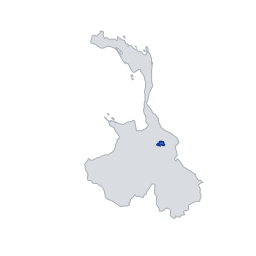 Dan Chang, Suphan Buri, Thailand shown in context, rotated 162°
{"feature_id": "78962969B17842271183719", "entity_name": "Dan Chang", "entity_type": "district", "adm_level": 2, "iso_a3": "THA", "parent_name": "Thailand", "parent_adm1": "Suphan Buri", "projection": "albers", "projection_center": [99.604, 14.892], "detail": "fine", "context": "in_parent", "style": "filled", "palette": "blue", "viewbox_px": 256, "rotation_deg": 162, "n_neighbors": 0, "source": "geoboundaries", "source_scale": "gbopen_adm2", "svg_char_len": 4999}
<svg xmlns="http://www.w3.org/2000/svg" viewBox="0 0 256 256"><g transform="rotate(162 128 128)"><path d="M109.4,28.7L109.6,29.6L110.6,28.3L111.9,27.7L114.5,30.5L114.8,31.7L113.0,36.3L113.3,37.8L114.5,39.0L115.9,39.8L117.5,39.6L120.4,38.2L123.5,39.1L123.4,42.1L124.6,46.8L123.0,51.8L121.5,54.2L122.7,56.3L122.8,58.3L119.8,65.9L120.4,66.5L122.3,67.3L123.2,67.0L126.3,64.0L129.9,61.7L131.0,59.7L133.3,59.0L135.2,57.2L139.9,60.2L141.2,60.5L141.8,61.0L142.0,62.3L142.6,62.5L144.5,60.7L147.6,59.5L148.9,56.9L150.4,56.1L150.2,54.8L150.6,54.3L153.2,54.1L157.2,55.4L158.6,55.7L159.3,55.4L165.7,63.7L169.8,66.9L170.9,69.0L170.1,74.7L170.2,78.0L171.2,80.4L172.9,82.1L174.3,84.5L179.1,86.8L178.7,87.4L179.0,89.0L182.0,90.6L182.3,91.2L182.0,93.5L180.7,95.3L180.4,96.8L180.5,98.5L181.3,101.2L180.5,106.7L178.8,108.3L176.5,109.5L175.3,111.0L174.3,110.6L173.8,109.1L171.3,108.3L166.4,109.2L164.0,108.9L160.8,109.5L157.6,109.4L155.7,108.7L150.4,110.0L148.2,111.2L146.6,112.8L144.2,116.9L141.8,119.4L141.9,120.4L138.9,121.1L139.1,124.5L140.8,128.2L141.4,132.9L144.9,136.2L144.2,138.5L144.7,140.8L147.4,146.0L145.5,143.5L145.1,141.9L142.8,139.3L142.1,140.6L139.4,138.7L138.2,136.7L137.9,137.6L135.2,134.9L132.5,133.4L131.0,132.8L127.3,133.8L122.6,133.1L120.8,133.8L120.0,133.3L119.5,132.5L120.8,122.7L116.7,121.5L116.0,120.9L115.1,121.6L111.1,122.0L108.2,123.8L107.9,125.3L109.2,128.0L107.5,132.9L108.1,137.5L107.9,140.0L105.9,143.2L105.3,145.8L103.0,149.7L101.5,154.6L101.2,157.5L98.4,161.9L97.8,164.3L96.8,165.3L97.2,167.2L96.7,173.2L98.4,177.6L98.0,179.6L99.9,180.3L104.4,179.0L105.9,179.3L106.8,181.7L108.0,188.8L109.9,191.0L110.3,189.9L111.2,191.1L111.9,193.2L114.3,204.4L115.6,207.3L114.2,206.6L113.3,203.1L112.0,202.9L112.5,200.7L111.6,199.9L110.3,200.5L110.3,202.3L114.0,207.9L116.2,208.0L119.0,210.5L122.1,212.2L126.0,211.6L128.7,212.1L130.3,213.6L132.9,217.4L137.1,220.5L136.5,222.5L134.8,224.1L134.0,226.2L132.9,226.8L131.3,226.8L129.6,225.1L125.5,226.7L124.6,228.4L123.5,228.8L121.7,227.0L121.9,226.0L123.0,224.5L122.7,220.6L120.2,220.6L118.5,217.7L118.0,217.4L116.8,217.9L112.9,216.5L111.8,214.7L110.6,214.9L109.8,218.0L106.4,213.8L104.0,212.1L104.3,209.0L102.7,208.3L102.0,207.5L102.6,205.6L100.4,205.9L99.4,205.4L98.1,202.0L97.0,200.7L95.5,200.7L95.1,200.0L95.2,198.4L91.6,196.0L90.5,193.3L88.8,192.1L87.7,192.5L86.6,194.4L85.8,194.3L85.0,193.7L84.1,191.0L84.2,186.4L85.4,183.6L86.0,179.3L87.7,175.6L91.2,164.8L91.3,160.6L97.2,154.5L101.0,147.6L102.3,146.6L102.9,145.3L100.8,139.7L99.9,135.9L100.1,134.8L97.6,132.2L97.0,129.2L96.3,128.2L96.1,127.2L97.0,125.5L96.5,118.8L93.8,114.3L89.0,110.0L84.8,103.8L84.2,101.6L84.1,98.4L87.5,96.4L88.9,96.2L89.4,86.9L92.4,85.1L93.0,84.4L93.3,82.8L92.6,81.9L90.7,83.4L90.3,83.1L88.0,77.6L87.5,74.2L78.0,62.9L78.4,61.1L77.1,56.2L75.7,56.1L74.7,55.2L73.7,53.1L75.6,53.3L78.6,52.1L78.1,47.4L79.4,44.7L79.6,40.2L81.9,37.6L82.2,36.3L83.4,36.2L85.1,37.1L86.8,37.2L93.8,36.1L94.8,34.9L95.2,32.4L95.9,31.6L97.5,31.4L99.3,31.9L101.2,30.9L100.9,28.0L104.2,28.5L106.4,27.2L109.4,28.7ZM86.8,195.6L86.3,199.1L84.9,199.8L84.4,197.8L85.2,194.5L85.6,195.3L86.8,195.6ZM109.1,175.3L108.8,177.0L107.6,177.5L107.3,175.6L109.1,175.3ZM139.1,140.2L140.6,142.6L138.9,142.4L138.5,140.0L139.1,140.2ZM103.5,216.9L102.8,215.9L103.4,214.3L104.1,216.2L103.5,216.9ZM89.1,196.0L88.8,197.9L88.1,195.3L89.1,196.0ZM109.1,173.8L108.4,173.6L107.9,172.4L108.7,172.5L109.1,173.8ZM95.1,201.8L95.9,204.0L95.0,203.0L95.1,201.8ZM143.0,146.5L142.8,147.9L142.0,147.3L142.5,146.3L143.0,146.5ZM85.2,182.1L84.4,182.6L85.0,181.3L85.2,182.1Z" fill="#d9dde1" stroke="#a8b0b8" stroke-width="1"/><path d="M98.5,101.3L98.6,101.6L98.8,101.6L98.9,101.8L99.0,102.1L99.0,102.7L98.9,102.7L98.9,102.9L98.7,103.1L98.5,103.3L98.6,103.6L98.8,103.7L98.8,103.9L99.0,103.9L99.2,104.0L99.3,104.2L99.3,104.3L99.5,104.3L99.7,104.5L99.8,104.5L100.0,104.5L100.0,104.4L100.5,104.4L100.5,104.5L100.6,104.8L100.6,105.0L100.8,105.0L101.0,105.2L101.2,105.3L101.3,105.3L101.5,105.3L101.8,105.3L101.8,105.2L102.0,105.3L101.9,105.3L102.1,105.3L102.3,105.2L102.3,104.9L102.4,104.7L102.4,104.4L102.3,104.2L102.5,104.2L102.8,104.2L103.0,104.2L103.3,104.0L103.4,103.9L103.4,103.7L103.5,103.7L103.7,103.8L103.7,103.7L103.8,103.7L104.0,103.8L104.0,103.7L104.1,103.8L104.3,103.8L104.5,103.8L104.6,103.7L104.8,103.7L105.0,103.6L105.3,103.5L105.3,103.4L105.5,103.4L105.7,103.2L105.4,103.1L105.1,102.9L104.9,102.8L104.9,102.7L104.8,102.4L104.9,102.2L104.7,102.1L104.4,102.1L104.4,101.9L104.2,101.8L103.9,101.7L103.7,101.6L103.4,101.5L103.3,101.4L103.3,101.5L103.2,101.4L103.1,101.5L103.1,101.8L103.1,102.0L102.9,102.1L102.7,102.1L102.4,102.0L102.5,102.0L102.4,102.0L102.4,101.9L102.4,102.0L102.4,101.9L102.2,101.9L101.9,101.8L101.8,101.7L101.7,101.6L101.4,101.5L101.2,101.5L101.1,101.4L100.8,101.5L100.7,101.4L100.5,101.2L100.4,101.1L100.2,100.8L100.3,100.7L100.2,100.6L99.8,100.6L99.7,100.6L99.4,100.5L99.3,100.3L99.2,100.2L98.8,100.4L98.7,100.5L98.6,100.8L98.5,101.0L98.4,101.1L98.5,101.3Z" fill="#3b82f6" stroke="#1e3a8a" stroke-width="1.5"/></g></svg>